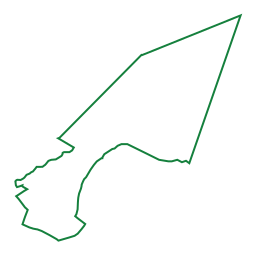 New Development, Soufrière, Saint Lucia
{"feature_id": "8701671B90589302469982", "entity_name": "New Development", "entity_type": "district", "adm_level": 2, "iso_a3": "LCA", "parent_name": "Saint Lucia", "parent_adm1": "Soufrière", "projection": "natural_earth1", "projection_center": [-61.052, 13.862], "detail": "fine", "context": "isolated", "style": "outline", "palette": "green", "viewbox_px": 256, "rotation_deg": 0, "n_neighbors": 0, "source": "geoboundaries", "source_scale": "gbopen_adm2", "svg_char_len": 1521}
<svg xmlns="http://www.w3.org/2000/svg" viewBox="0 0 256 256"><path d="M141.5,54.9L59.5,137.8L58.2,138.3L73.8,147.5L72.1,150.4L69.5,152.1L67.3,152.1L64.1,152.1L62.7,152.8L62.4,154.5L61.5,155.9L59.1,157.4L55.8,159.4L51.4,159.8L50.4,160.1L48.4,160.9L46.0,163.9L45.1,164.9L44.2,165.5L42.5,166.8L37.8,166.9L36.6,166.9L35.5,168.4L32.9,171.5L31.7,172.0L31.1,172.3L29.6,173.6L26.6,174.8L24.4,177.6L23.3,178.5L20.6,180.0L19.2,179.9L17.3,179.8L16.8,180.0L16.4,180.2L15.4,181.3L15.7,183.8L15.9,185.3L17.0,187.1L17.4,187.0L18.7,186.6L19.7,186.3L22.4,185.3L22.2,186.2L23.3,187.0L27.2,189.2L24.1,191.0L21.7,192.6L21.1,193.0L17.8,195.2L16.2,196.2L18.6,198.9L21.1,202.2L25.0,207.4L26.4,208.6L27.3,209.5L27.7,209.9L25.0,216.9L24.3,218.9L22.5,224.3L23.3,224.7L26.0,225.9L29.3,227.4L32.5,228.4L33.0,228.6L36.1,229.2L37.4,229.4L41.7,231.0L49.5,235.1L56.7,239.2L57.2,239.6L58.4,240.6L58.8,240.5L68.8,237.6L74.6,235.8L77.2,234.0L77.6,233.8L81.0,229.8L81.2,229.6L83.3,226.9L84.1,225.9L85.2,224.0L80.6,220.5L78.5,218.9L77.6,218.2L75.2,216.2L76.4,214.2L77.6,209.4L77.9,202.4L78.1,199.6L78.3,197.5L78.6,196.0L79.1,193.5L81.0,188.5L81.5,186.4L81.6,185.5L81.7,184.6L83.0,181.5L84.1,179.2L86.1,177.2L90.6,169.6L93.9,164.9L96.8,161.4L101.5,158.2L102.4,158.2L102.6,157.1L104.3,154.2L112.3,149.0L114.6,148.5L117.6,145.8L121.5,144.1L126.4,144.1L127.3,144.1L146.4,153.5L159.1,159.8L161.5,160.2L168.2,161.3L171.9,161.3L177.3,159.8L181.9,162.2L186.0,160.8L189.3,163.2L240.6,15.4L142.0,55.1L141.5,54.9Z" fill="none" stroke="#15803d" stroke-width="2"/></svg>